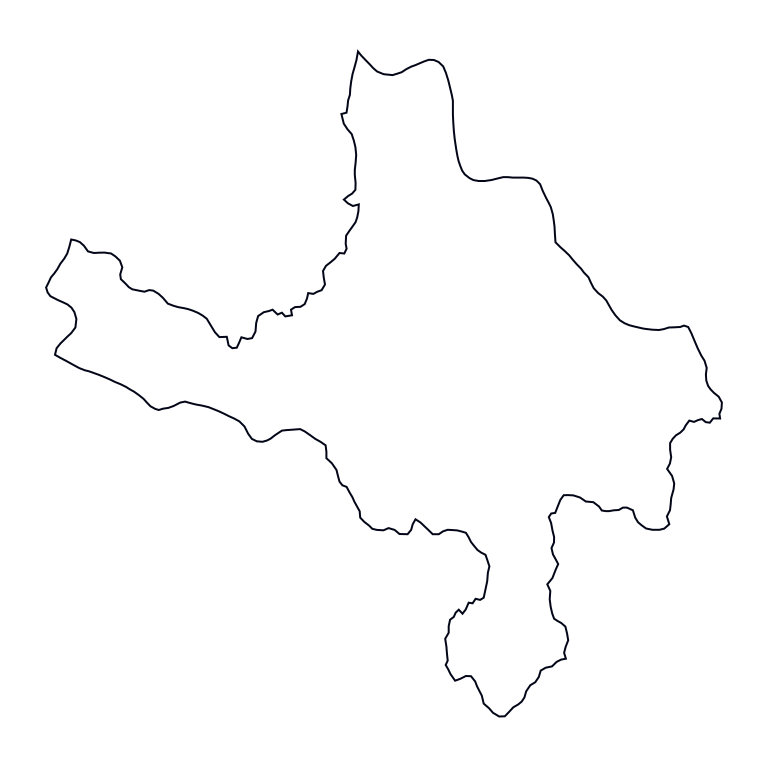 the district of Boa Esperança, Minas Gerais, Brazil
{"feature_id": "56859067B93619911659147", "entity_name": "Boa Esperança", "entity_type": "district", "adm_level": 2, "iso_a3": "BRA", "parent_name": "Brazil", "parent_adm1": "Minas Gerais", "projection": "equal_earth", "projection_center": [-45.644, -21.057], "detail": "fine", "context": "isolated", "style": "outline", "palette": "ink", "viewbox_px": 768, "rotation_deg": 0, "n_neighbors": 0, "source": "geoboundaries", "source_scale": "gbopen_adm2", "svg_char_len": 5649}
<svg xmlns="http://www.w3.org/2000/svg" viewBox="0 0 768 768"><path d="M540.1,184.2L536.4,180.5L532.5,178.7L528.4,177.9L523.9,177.6L518.2,177.6L512.8,177.6L507.5,177.1L503.3,177.1L497.9,178.4L491.5,180.0L484.8,181.0L478.6,181.0L473.5,180.1L469.5,178.1L464.8,174.4L462.2,170.7L460.3,166.0L458.6,161.1L457.5,156.4L456.4,150.3L455.5,144.4L454.7,138.9L453.9,131.5L453.3,122.9L452.9,114.7L452.9,107.6L452.9,100.7L451.9,95.4L450.3,88.7L448.3,80.5L445.9,72.8L443.2,66.4L438.6,62.0L433.9,60.0L428.8,59.8L424.2,61.4L419.9,63.2L415.5,65.1L411.3,66.6L406.4,69.1L401.7,72.2L397.5,73.6L392.6,75.1L383.7,74.2L377.1,71.5L373.2,68.1L369.7,64.3L365.3,59.8L361.3,55.6L358.0,51.5L356.4,60.3L354.5,67.3L352.6,73.9L351.2,81.3L350.3,88.3L349.9,94.9L348.1,100.5L347.5,106.5L346.5,112.7L341.4,114.0L343.8,123.7L347.5,129.3L351.7,134.1L353.9,140.8L355.4,147.1L356.2,155.0L355.6,162.8L354.8,169.9L354.8,174.9L355.6,182.9L355.4,189.8L352.1,193.6L348.3,195.9L343.9,199.6L347.9,203.3L352.9,206.0L358.8,204.4L358.4,211.3L357.2,217.4L355.6,222.1L352.4,226.7L349.7,230.4L346.1,235.7L345.7,243.8L346.6,248.7L344.3,253.5L339.5,253.0L334.7,258.8L329.9,262.8L326.0,265.8L323.0,271.0L323.8,277.9L325.0,284.5L321.6,290.2L317.4,291.7L313.3,293.9L308.2,293.1L307.0,298.5L304.7,304.1L300.5,306.8L295.0,307.1L291.0,309.7L292.0,315.3L285.3,316.4L281.9,312.7L277.6,314.5L272.6,309.7L269.0,311.0L263.8,312.2L258.1,316.1L256.2,322.9L255.5,331.5L252.1,338.1L247.5,339.0L241.4,337.3L238.8,343.4L236.8,347.7L232.3,348.2L228.6,345.4L226.8,336.8L219.4,337.1L214.9,332.2L211.2,326.1L206.8,318.8L202.7,315.6L198.1,312.9L192.9,310.7L188.4,309.2L184.2,308.2L178.0,307.1L173.0,305.6L167.8,303.6L162.9,297.8L158.5,293.8L153.2,290.6L149.1,290.1L144.5,291.7L140.1,290.9L136.2,290.1L132.3,289.3L128.9,287.2L125.1,283.2L120.9,279.2L120.2,274.5L122.3,267.3L119.9,260.7L115.5,256.5L111.1,253.5L104.5,252.6L99.0,252.7L93.9,253.0L88.0,251.4L84.0,245.8L79.9,242.1L75.6,240.4L71.2,239.5L69.3,246.9L67.2,253.6L64.2,258.7L60.3,263.8L57.5,268.9L54.3,273.4L51.0,277.3L48.5,282.7L46.1,287.5L47.6,292.4L50.4,296.2L53.9,298.0L58.2,300.2L63.0,302.3L67.4,304.4L71.4,307.6L74.4,312.1L76.4,319.0L75.4,327.5L71.2,333.1L67.2,336.8L63.5,340.5L60.5,343.4L56.6,348.2L55.0,354.8L60.8,358.1L66.7,361.2L71.2,363.7L75.2,365.9L79.3,368.1L84.9,370.3L89.0,371.3L93.5,372.9L98.5,374.7L104.0,376.9L110.0,379.5L114.9,381.9L120.5,384.2L126.0,386.9L129.8,389.3L134.1,391.7L139.0,395.2L143.6,398.9L147.1,402.8L150.5,406.3L155.2,408.9L158.8,410.0L162.9,408.7L168.3,407.9L173.6,406.0L180.2,402.6L185.1,401.6L189.2,402.8L193.4,403.9L196.9,404.7L201.6,405.5L208.4,407.1L213.7,409.2L218.9,411.3L223.6,413.5L229.4,416.4L233.9,418.4L239.4,421.4L244.5,426.5L248.2,433.8L251.9,438.9L256.8,441.3L262.4,441.8L267.0,440.5L270.5,438.7L274.6,435.5L278.6,432.8L282.0,430.6L286.5,430.1L292.2,429.7L300.1,429.1L304.7,431.4L310.2,435.2L315.3,438.9L320.5,441.8L325.6,445.3L326.4,451.7L326.4,458.2L331.9,463.3L336.5,470.0L338.1,476.5L339.5,481.6L342.4,485.3L346.6,486.9L349.7,492.7L352.3,497.0L354.3,501.5L357.1,506.6L359.7,511.3L360.2,517.6L364.3,521.9L369.1,525.6L372.3,528.8L376.8,529.9L383.5,530.3L388.6,528.1L394.6,529.9L399.5,534.0L407.6,534.2L411.2,529.8L412.7,524.3L415.5,519.3L420.5,522.5L424.6,526.4L428.2,529.8L432.7,534.2L438.8,534.2L443.1,531.3L447.7,529.8L453.2,530.1L457.2,530.4L461.6,531.5L465.9,532.8L468.5,537.0L471.0,542.0L474.2,546.0L477.5,550.0L481.2,552.6L485.5,554.8L487.4,560.3L489.4,566.4L487.9,572.6L487.2,581.3L485.5,589.3L483.7,597.7L480.1,599.9L475.6,598.8L472.6,603.3L468.7,602.7L465.7,609.5L462.5,613.7L458.8,609.7L455.7,612.6L453.8,616.9L450.1,619.7L448.7,626.1L448.7,632.7L445.2,638.8L446.4,646.5L447.0,654.0L447.7,660.6L445.7,665.0L448.1,669.1L450.5,674.1L455.1,680.7L460.1,678.9L465.9,676.0L471.0,676.2L475.2,681.5L476.9,686.0L479.3,690.8L481.8,695.6L483.7,703.6L489.0,708.2L493.0,712.8L499.2,716.5L504.8,716.3L508.8,712.2L513.3,707.3L518.0,704.6L521.6,701.7L524.4,697.5L526.2,691.3L530.3,685.2L535.2,682.3L538.8,677.0L540.7,670.6L545.7,667.7L552.0,666.4L556.6,661.9L561.1,659.6L565.9,658.7L564.1,652.8L565.7,646.7L568.2,640.3L567.1,633.7L565.4,626.6L561.1,622.9L557.6,621.0L554.1,618.7L552.2,613.4L550.7,607.0L549.7,599.3L550.3,590.9L547.3,584.3L552.4,578.1L555.8,569.4L558.2,564.1L556.0,559.9L553.0,554.5L551.5,548.1L554.0,542.5L554.1,537.0L552.5,530.6L551.1,523.0L548.8,517.1L551.2,513.5L555.2,512.9L557.4,507.3L560.3,500.0L563.7,495.2L568.3,495.1L573.4,495.4L580.0,497.5L585.9,501.5L593.4,502.2L599.1,506.6L601.8,510.5L605.6,511.1L609.2,511.1L613.8,510.3L618.7,510.0L623.0,507.6L626.9,507.6L632.9,510.3L635.2,517.6L638.0,522.2L641.5,525.2L646.1,528.5L652.5,529.8L659.4,529.8L664.3,528.6L669.3,524.2L666.9,516.4L670.0,510.2L670.7,504.1L671.2,498.0L673.6,489.3L674.2,483.4L672.1,476.0L667.1,468.9L669.9,463.6L671.2,457.2L670.1,449.7L670.1,443.1L672.8,438.7L676.0,435.3L680.3,432.6L683.6,429.4L685.7,425.4L689.3,420.6L694.0,421.9L698.0,420.1L701.9,419.0L705.7,422.1L709.8,422.7L713.2,418.4L720.1,418.5L719.4,413.8L721.5,408.7L721.9,402.5L718.7,396.7L713.9,392.8L710.6,389.4L708.1,385.9L706.3,380.6L705.9,374.5L706.7,367.9L704.5,360.7L701.3,355.6L697.8,348.5L694.8,341.5L691.3,333.1L688.2,327.0L684.0,325.6L680.2,327.0L674.4,327.3L668.9,327.5L663.8,329.1L659.0,330.0L652.3,329.7L647.2,329.1L643.4,328.6L637.7,327.3L633.0,326.2L629.0,325.1L624.5,323.2L619.9,320.3L615.4,315.3L611.8,310.2L609.1,305.5L606.3,300.5L602.7,296.5L598.2,293.1L593.7,288.2L590.9,282.7L588.5,277.3L583.8,272.4L581.0,268.6L576.6,264.1L572.5,259.4L569.2,255.3L564.8,251.1L560.4,247.2L555.5,242.3L554.9,233.8L554.5,226.4L553.8,220.9L552.8,214.2L550.8,207.1L548.6,202.6L546.2,198.1L542.7,190.8L540.1,184.2Z" fill="none" stroke="#020617" stroke-width="2"/></svg>